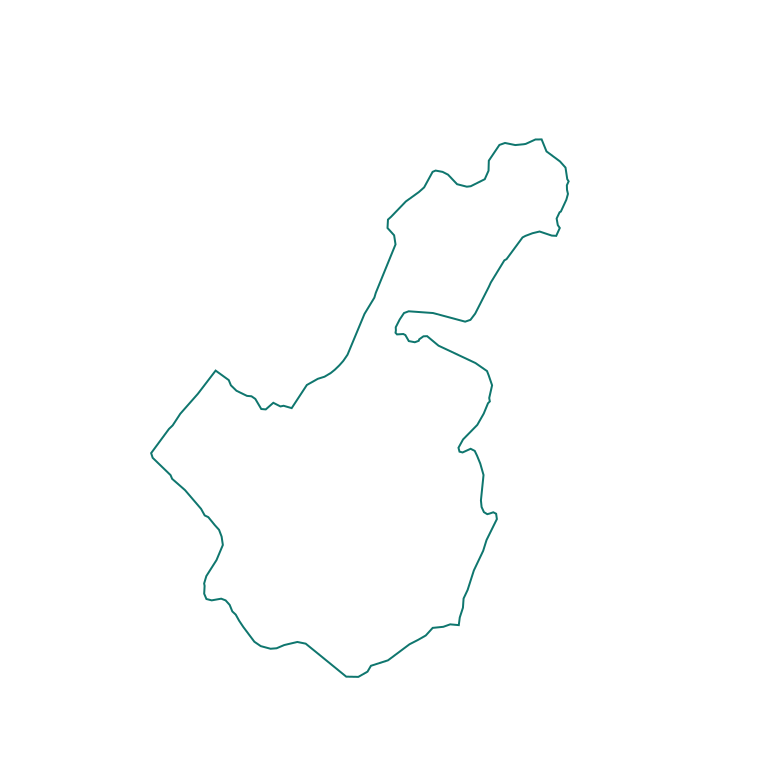 the district of Nueva Santa Rosa, Santa Rosa, Guatemala, rotated 27°
{"feature_id": "79465075B8683235112277", "entity_name": "Nueva Santa Rosa", "entity_type": "district", "adm_level": 2, "iso_a3": "GTM", "parent_name": "Guatemala", "parent_adm1": "Santa Rosa", "projection": "robinson", "projection_center": [-90.272, 14.39], "detail": "fine", "context": "isolated", "style": "outline", "palette": "teal", "viewbox_px": 768, "rotation_deg": 27, "n_neighbors": 0, "source": "geoboundaries", "source_scale": "gbopen_adm2", "svg_char_len": 2299}
<svg xmlns="http://www.w3.org/2000/svg" viewBox="0 0 768 768"><g transform="rotate(27 384 384)"><path d="M283.9,582.5L287.9,582.4L297.4,586.6L303.2,588.8L308.6,593.7L313.5,600.6L314.7,616.9L312.9,635.8L314.3,643.4L315.8,645.3L318.2,650.7L319.0,652.5L323.4,656.2L328.7,655.0L336.4,649.2L341.1,648.7L346.8,650.9L352.1,655.5L356.6,656.8L362.4,660.7L369.0,664.4L385.5,672.5L393.2,673.5L403.1,671.4L408.3,668.2L413.6,661.9L423.9,653.2L432.1,650.9L468.4,658.7L483.2,661.9L494.1,656.6L499.9,647.8L500.3,641.0L513.0,628.4L524.9,604.3L530.4,596.7L535.4,589.1L538.1,579.2L547.1,573.4L552.1,568.1L560.1,564.9L557.5,557.6L555.9,547.5L552.3,539.0L552.0,529.5L548.7,509.3L548.1,487.6L546.2,476.5L545.9,453.1L542.8,448.7L539.6,448.7L536.9,451.5L535.1,453.1L531.2,452.8L526.8,449.3L523.2,443.7L514.0,419.9L505.9,411.2L499.4,405.6L495.2,402.4L490.6,402.4L485.1,409.3L482.0,410.0L479.3,407.0L479.6,397.5L485.7,378.1L486.3,365.1L485.4,353.9L486.2,351.5L484.1,348.7L480.9,336.1L473.5,328.9L469.9,325.7L456.0,323.8L415.2,325.1L400.7,321.8L397.5,323.6L395.1,328.2L395.3,329.8L392.5,332.8L386.6,334.5L380.8,330.7L378.5,330.7L373.1,333.9L371.0,333.1L370.3,330.9L368.7,328.1L368.7,319.4L369.6,311.7L373.0,308.0L395.5,298.5L428.0,291.6L431.9,287.6L433.3,279.9L433.3,249.9L433.1,245.0L435.1,219.2L436.5,217.1L440.9,190.5L442.8,187.8L447.8,182.3L453.4,177.5L466.1,175.6L470.2,173.8L469.8,165.2L466.7,163.5L462.7,158.2L462.5,151.3L463.3,150.0L462.8,137.0L461.6,131.1L458.9,127.9L456.7,123.9L456.5,119.6L454.3,118.3L447.5,108.8L439.8,105.8L423.2,103.0L413.4,94.5L407.9,97.4L401.3,105.7L399.7,106.9L392.5,111.5L382.4,114.3L378.3,118.6L376.0,137.4L380.3,146.5L380.8,155.8L371.5,168.4L368.2,170.6L358.4,172.8L346.0,168.4L339.9,168.4L333.1,170.4L331.0,172.9L330.5,190.6L327.9,197.2L320.6,211.4L314.4,231.8L312.9,235.7L316.3,243.4L325.5,246.9L330.9,254.4L335.3,306.5L336.2,311.4L334.8,330.4L338.2,374.5L337.2,382.1L335.7,387.8L333.7,393.6L331.6,398.3L327.7,404.5L322.7,409.4L315.7,419.9L312.7,447.4L304.4,449.0L301.9,451.0L293.9,451.0L290.2,460.3L286.0,462.0L276.1,455.7L271.5,455.1L267.3,456.8L255.6,457.0L248.2,454.7L243.9,451.0L227.9,448.5L222.6,477.3L216.0,503.0L214.5,516.8L212.8,521.7L207.9,551.3L211.4,554.8L235.2,562.1L238.3,564.7L254.9,568.9L277.7,578.3L283.9,582.5Z" fill="none" stroke="#0f766e" stroke-width="2"/></g></svg>